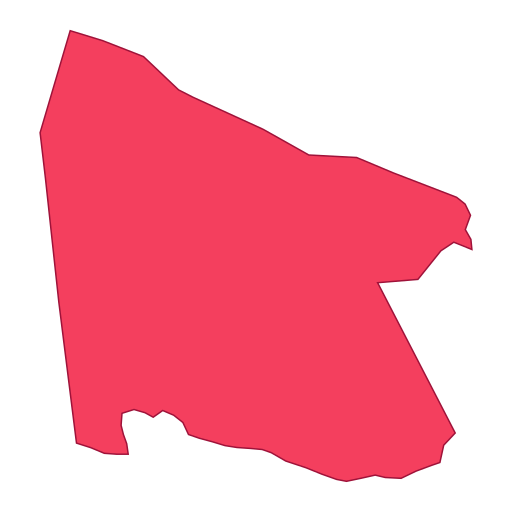 the district of Cacimba de Dentro, Paraíba, Brazil
{"feature_id": "56859067B66025103002424", "entity_name": "Cacimba de Dentro", "entity_type": "district", "adm_level": 2, "iso_a3": "BRA", "parent_name": "Brazil", "parent_adm1": "Paraíba", "projection": "mercator", "projection_center": [-35.805, -6.618], "detail": "fine", "context": "isolated", "style": "filled", "palette": "rose", "viewbox_px": 512, "rotation_deg": 0, "n_neighbors": 0, "source": "geoboundaries", "source_scale": "gbopen_adm2", "svg_char_len": 849}
<svg xmlns="http://www.w3.org/2000/svg" viewBox="0 0 512 512"><path d="M70.2,30.7L56.0,78.8L40.1,132.7L45.4,177.9L58.8,301.9L76.5,443.1L90.9,447.7L104.3,453.3L116.8,454.2L128.2,454.2L126.7,443.7L123.4,434.5L121.1,425.3L122.0,413.3L134.0,409.5L145.0,412.7L153.2,417.2L162.7,410.5L173.7,415.2L182.9,422.5L188.5,434.5L199.5,438.3L212.5,441.8L225.0,445.6L237.0,447.5L250.2,448.4L262.2,449.5L271.3,452.7L285.7,461.0L306.2,467.8L321.7,474.1L336.6,479.4L346.5,481.3L360.8,478.3L375.2,475.1L385.3,477.5L401.1,478.3L416.1,471.1L431.7,465.3L439.9,462.5L443.7,445.2L455.2,433.0L377.6,282.7L417.9,279.4L440.9,250.8L453.8,242.2L471.9,249.5L470.9,239.4L465.3,229.6L470.5,215.3L465.1,204.1L456.6,197.3L393.3,172.9L356.6,157.5L308.8,155.0L263.1,129.3L192.9,97.2L178.6,89.9L143.5,56.6L102.8,40.7L70.2,30.7Z" fill="#f43f5e" stroke="#9f1239" stroke-width="1.5"/></svg>